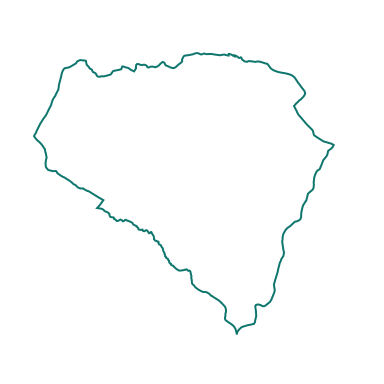 Cerinza, Boyacá, Colombia, rotated 171°
{"feature_id": "7082276B99434629826727", "entity_name": "Cerinza", "entity_type": "district", "adm_level": 2, "iso_a3": "COL", "parent_name": "Colombia", "parent_adm1": "Boyacá", "projection": "albers", "projection_center": [-72.96, 5.971], "detail": "fine", "context": "isolated", "style": "outline", "palette": "teal", "viewbox_px": 384, "rotation_deg": 171, "n_neighbors": 0, "source": "geoboundaries", "source_scale": "gbopen_adm2", "svg_char_len": 6027}
<svg xmlns="http://www.w3.org/2000/svg" viewBox="0 0 384 384"><g transform="rotate(171 192 192)"><path d="M303.1,326.7L306.6,318.8L307.3,316.2L308.1,313.9L311.1,309.9L312.0,308.3L313.3,307.1L315.1,304.9L315.9,303.5L317.7,299.7L320.9,295.4L322.3,293.3L324.1,290.8L327.7,287.2L331.1,283.3L335.4,277.3L337.0,274.7L339.1,272.3L339.3,271.8L338.1,269.4L336.8,267.4L334.8,265.0L333.4,263.0L331.9,260.2L331.5,258.9L330.8,258.0L330.6,256.9L330.6,254.3L330.4,253.7L330.2,248.7L331.3,246.3L332.2,243.1L332.4,239.6L332.1,238.8L330.6,236.3L328.0,235.1L325.9,234.3L325.1,234.2L323.6,234.1L323.0,233.9L322.5,233.2L322.3,232.3L321.7,231.3L319.0,228.7L316.9,227.0L315.7,226.3L313.5,224.2L312.4,223.4L309.7,220.8L309.2,220.3L308.9,219.7L307.8,218.3L306.0,217.1L304.8,215.4L303.8,214.2L302.4,213.3L300.2,212.6L298.9,212.6L298.2,211.7L295.6,209.7L293.8,208.8L285.4,201.5L280.8,197.8L284.8,193.8L288.2,191.0L287.6,190.8L283.9,189.6L283.0,189.0L282.2,188.3L281.8,187.6L281.3,186.9L280.4,186.2L279.0,185.5L277.9,184.5L277.2,183.5L277.0,182.6L277.1,181.7L276.8,180.6L276.3,180.0L273.7,179.2L273.2,178.9L273.2,177.6L272.7,177.3L271.8,176.6L271.3,175.7L270.7,175.1L269.4,175.1L268.7,175.3L267.8,175.8L266.8,175.9L265.3,174.6L264.9,173.9L264.2,173.9L262.5,174.8L261.7,174.9L260.6,173.9L259.6,173.5L257.8,172.4L255.9,171.0L255.5,170.4L255.2,169.4L254.8,168.8L252.7,167.4L252.2,167.2L252.1,166.3L251.6,166.0L250.8,164.9L250.8,164.1L250.7,163.5L250.2,163.1L248.8,162.7L248.2,162.5L246.8,162.6L246.7,161.7L246.3,161.1L245.9,160.9L245.0,160.7L243.5,161.5L242.9,161.4L242.1,160.7L241.1,158.4L240.8,158.0L240.0,158.0L238.8,158.9L238.4,158.8L237.9,156.9L236.8,154.6L236.7,152.6L236.9,151.4L236.0,149.8L235.0,149.2L234.5,149.1L233.8,148.4L233.1,148.3L232.8,147.8L233.1,146.9L232.9,146.0L232.7,145.4L231.3,144.6L230.9,143.8L230.8,142.9L229.9,141.4L229.6,140.6L229.7,140.0L229.6,138.5L229.4,137.7L228.6,135.7L228.9,134.8L228.6,134.2L228.4,133.6L228.6,132.7L227.8,131.8L227.9,131.2L227.4,130.6L226.4,129.9L226.2,129.5L226.2,128.7L225.3,127.5L225.5,126.8L225.5,126.0L225.0,125.2L224.0,124.3L224.2,123.7L223.9,123.1L222.0,122.0L221.5,121.0L219.8,118.8L217.8,116.9L217.1,116.5L215.3,116.1L213.3,116.2L212.6,116.1L211.5,116.3L210.6,116.2L209.8,116.5L209.2,116.3L208.6,115.3L207.9,114.7L206.9,114.8L206.3,114.3L206.0,113.4L206.0,111.9L205.7,108.7L206.1,107.6L206.2,106.8L206.0,106.0L206.3,101.7L205.9,101.0L205.4,100.2L204.5,99.3L204.1,98.2L203.1,96.8L200.6,94.3L198.2,92.5L196.9,91.6L195.5,91.4L194.1,91.1L192.7,90.3L191.2,89.1L189.8,87.3L189.3,86.5L188.3,86.0L187.4,85.0L182.8,81.0L181.5,79.6L180.5,78.2L179.6,77.0L177.3,73.5L177.0,72.4L176.9,70.2L177.1,68.7L178.1,66.3L178.4,64.3L179.1,62.6L179.2,61.5L179.1,60.8L178.8,60.0L176.5,57.8L173.9,55.4L172.3,53.6L171.5,52.5L170.4,49.7L169.9,44.3L169.2,46.7L166.9,48.9L164.1,50.8L158.1,51.7L155.0,51.8L151.4,52.1L150.2,53.6L149.6,55.5L148.0,59.3L147.5,64.3L147.4,69.3L146.4,70.5L144.1,70.6L141.8,69.5L140.3,68.3L138.8,67.9L137.3,68.3L132.2,71.2L130.5,73.2L127.1,78.8L125.9,81.1L125.6,82.3L125.6,87.7L123.5,92.3L120.2,99.0L118.9,102.4L116.6,107.7L116.1,108.7L114.8,110.4L114.3,111.7L111.7,114.6L110.6,117.7L110.8,120.6L110.7,128.8L110.0,130.9L109.5,133.4L108.4,136.2L105.5,139.9L103.3,141.6L100.3,143.0L95.0,146.6L93.3,146.6L91.2,147.1L89.3,148.1L88.2,149.9L87.4,154.1L86.1,157.7L85.1,160.0L84.3,161.5L82.7,163.3L81.3,165.1L80.6,165.4L77.7,172.1L76.2,173.2L74.1,174.4L72.7,175.3L71.7,176.3L71.1,177.7L70.5,180.2L70.3,182.5L69.0,187.1L68.0,189.2L66.8,191.1L65.6,192.9L64.4,193.7L62.4,194.5L60.8,197.0L57.3,203.0L53.7,206.1L52.4,207.9L51.1,211.3L47.6,213.2L46.4,214.0L44.7,216.2L45.3,216.6L45.9,217.3L46.8,217.9L52.6,220.7L53.1,220.8L54.4,221.6L61.2,227.6L62.1,228.5L62.6,229.1L62.8,230.2L62.8,231.4L63.1,233.7L63.6,234.7L68.2,241.0L73.9,250.4L74.6,251.3L75.2,252.9L75.7,254.2L75.9,255.3L77.8,260.9L75.3,263.1L73.7,264.1L72.0,265.5L69.8,266.6L66.6,269.1L65.4,270.5L64.8,271.5L64.9,272.9L65.2,274.1L66.2,276.2L67.1,277.6L68.6,280.6L70.3,283.7L71.1,285.6L73.0,289.5L75.1,291.6L77.2,292.9L80.6,294.4L85.9,296.2L88.8,297.4L92.5,299.5L94.0,300.9L95.0,302.0L97.0,305.9L97.6,306.8L99.1,307.4L103.7,309.7L106.5,310.7L109.0,310.6L114.3,312.2L115.2,312.4L116.1,312.3L117.3,312.0L118.6,312.4L119.6,312.8L120.3,313.4L121.8,315.1L122.2,316.3L122.2,316.8L122.6,317.3L123.0,317.4L123.5,317.2L124.1,317.0L124.6,317.1L125.1,317.4L126.1,318.7L128.4,320.3L128.7,320.4L128.8,319.4L129.9,320.4L130.2,320.3L131.6,321.5L132.6,322.1L133.3,322.4L134.1,322.6L134.5,321.0L137.2,322.0L138.3,322.6L139.3,322.8L143.2,322.7L144.9,323.3L147.1,323.9L150.6,325.1L151.7,325.4L152.5,325.4L153.0,325.6L154.2,325.6L154.8,325.8L155.6,325.8L156.3,325.9L158.1,326.8L158.9,326.8L161.1,326.4L161.8,326.5L164.2,328.1L166.2,328.5L167.3,328.4L169.3,327.9L173.6,327.7L177.5,327.8L178.2,327.7L178.9,327.4L180.8,324.9L181.1,324.3L181.3,322.4L182.4,321.6L186.4,319.4L187.1,318.8L188.4,318.0L189.3,317.6L190.1,317.3L190.9,317.3L191.8,317.5L194.0,318.5L196.2,320.1L197.6,320.8L198.4,321.7L198.6,322.2L198.9,323.5L199.1,324.0L199.5,324.4L200.7,325.0L201.4,324.7L203.7,323.2L204.8,322.3L206.3,321.5L208.4,321.0L208.9,321.0L210.9,321.9L211.7,322.1L213.8,322.2L215.0,321.8L215.6,321.8L216.5,322.2L216.6,322.5L216.7,323.3L217.0,323.7L217.5,324.2L219.0,325.1L220.3,325.3L221.4,325.1L223.0,325.7L225.1,326.8L225.8,327.0L226.4,326.9L227.1,326.4L227.8,324.6L227.9,323.1L228.4,322.4L230.3,320.2L233.3,322.2L234.5,323.5L235.6,324.5L237.8,325.4L240.1,326.6L241.1,326.9L241.6,326.4L242.6,324.4L243.5,324.2L244.9,324.1L249.6,323.9L251.1,323.7L251.8,323.0L253.5,321.1L253.8,320.9L255.0,320.6L260.7,320.0L263.0,320.4L265.0,320.3L265.9,320.4L266.8,320.7L267.5,321.3L267.8,321.8L268.3,323.6L268.8,324.4L269.3,324.9L270.4,325.5L271.1,326.1L271.6,327.6L271.7,328.4L272.1,328.9L273.4,329.8L273.8,330.2L274.3,331.6L276.0,334.0L276.2,335.1L276.3,338.2L278.5,339.0L279.0,338.9L279.9,339.3L281.4,339.7L282.2,339.7L284.5,339.2L285.2,338.7L286.2,337.5L286.7,337.1L291.9,335.0L294.2,334.3L298.1,334.2L299.4,333.5L300.9,331.6L302.0,329.7L303.1,326.7Z" fill="none" stroke="#0f766e" stroke-width="2"/></g></svg>